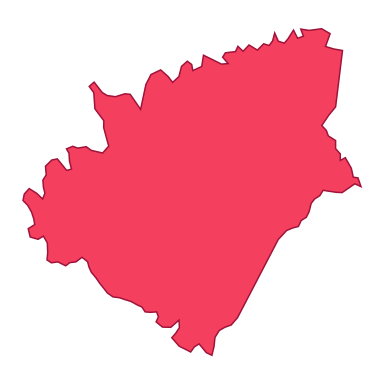 Tunas, Rio Grande do Sul, Brazil (Albers equal-area conic projection)
{"feature_id": "56859067B9883944354981", "entity_name": "Tunas", "entity_type": "district", "adm_level": 2, "iso_a3": "BRA", "parent_name": "Brazil", "parent_adm1": "Rio Grande do Sul", "projection": "albers", "projection_center": [-52.904, -29.12], "detail": "fine", "context": "isolated", "style": "filled", "palette": "rose", "viewbox_px": 384, "rotation_deg": 0, "n_neighbors": 0, "source": "geoboundaries", "source_scale": "gbopen_adm2", "svg_char_len": 1911}
<svg xmlns="http://www.w3.org/2000/svg" viewBox="0 0 384 384"><path d="M156.1,321.9L162.5,327.1L170.8,327.3L179.0,320.1L179.4,327.6L175.6,333.4L171.8,337.7L179.2,346.2L190.7,352.0L194.4,346.8L199.1,343.9L206.3,352.6L211.9,355.3L214.0,346.6L215.0,337.3L219.3,330.5L224.8,327.3L231.2,325.0L237.5,317.7L278.2,239.6L286.6,230.5L292.9,227.9L298.4,226.5L301.2,220.5L306.3,217.3L309.1,211.7L311.2,203.3L314.7,198.9L319.8,195.7L323.1,190.3L328.1,191.1L336.2,192.3L342.1,192.6L354.8,183.8L361.0,186.6L357.9,177.8L353.3,177.2L351.3,168.2L345.3,157.7L340.3,160.4L340.3,153.9L335.6,148.7L335.6,140.6L328.3,135.9L326.4,130.6L321.8,125.5L328.7,115.3L335.6,106.9L342.5,50.5L333.9,49.0L325.5,46.5L330.1,33.7L321.6,28.7L309.2,30.4L300.8,29.1L303.4,36.2L297.6,38.3L293.5,30.1L288.0,38.8L284.3,43.2L278.3,41.2L274.7,33.0L272.6,40.9L269.1,45.5L263.7,43.8L257.4,50.1L249.0,45.0L243.1,51.3L237.9,46.3L235.5,51.6L225.4,52.8L222.6,57.2L228.2,63.6L221.5,64.1L203.5,55.2L201.7,66.5L192.8,70.6L191.7,64.5L187.3,61.2L181.5,66.4L178.9,76.6L172.6,82.4L168.2,76.6L160.7,69.9L151.0,74.5L145.9,84.5L140.6,109.4L130.2,94.3L124.9,93.8L115.4,96.7L107.1,95.5L102.2,92.5L94.1,82.1L89.2,86.4L93.8,92.7L94.9,108.8L103.8,120.7L103.7,127.7L108.7,146.1L102.7,153.0L91.3,150.4L86.2,146.7L77.7,148.1L72.8,146.3L66.5,148.9L69.0,153.3L69.5,161.2L71.5,169.1L66.7,170.4L57.3,158.9L51.8,160.0L45.5,166.2L46.2,174.9L42.9,180.1L43.4,187.1L44.9,193.2L42.6,199.0L36.8,193.4L29.2,188.6L24.3,194.0L23.0,200.5L27.7,205.3L31.5,212.0L33.8,219.0L34.7,224.6L28.2,228.7L30.2,237.0L38.1,239.3L43.4,236.1L47.3,242.8L47.7,252.6L47.0,259.9L51.4,262.8L57.9,261.9L65.7,265.8L69.9,262.6L75.9,261.9L82.0,257.3L87.6,261.7L89.1,267.4L91.4,272.4L95.8,277.6L99.8,283.4L103.8,288.4L107.4,293.0L113.0,296.9L119.8,297.8L124.3,299.4L130.8,301.4L137.4,305.0L141.8,306.9L145.2,311.9L150.3,312.3L156.6,311.9L158.4,316.9L156.1,321.9Z" fill="#f43f5e" stroke="#9f1239" stroke-width="1.5"/></svg>